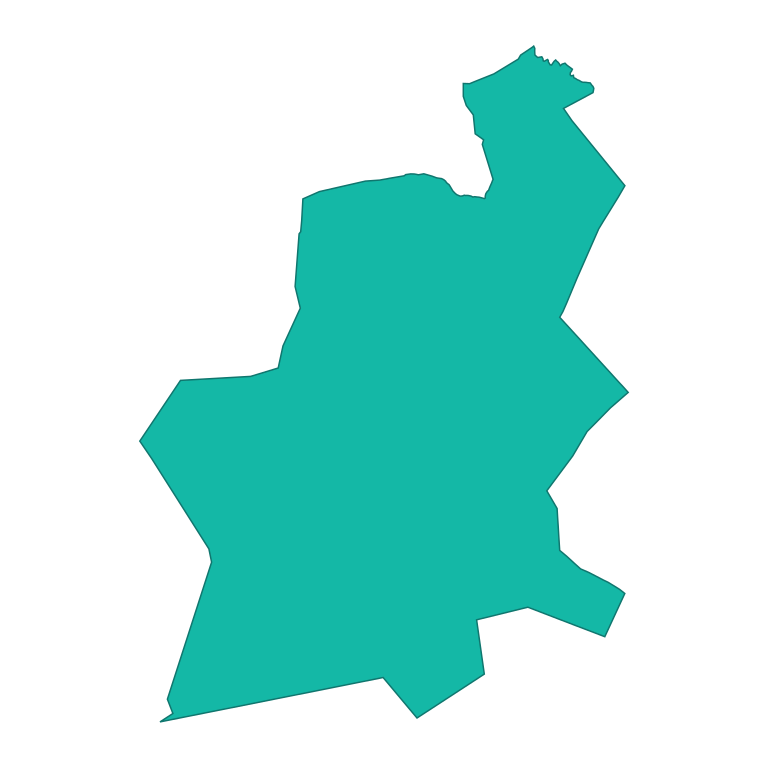 the district of La Reforma, Oaxaca, Mexico
{"feature_id": "50627088B69008234776647", "entity_name": "La Reforma", "entity_type": "district", "adm_level": 2, "iso_a3": "MEX", "parent_name": "Mexico", "parent_adm1": "Oaxaca", "projection": "mercator", "projection_center": [-97.837, 16.66], "detail": "fine", "context": "isolated", "style": "filled", "palette": "teal", "viewbox_px": 768, "rotation_deg": 0, "n_neighbors": 0, "source": "geoboundaries", "source_scale": "gbopen_adm2", "svg_char_len": 2290}
<svg xmlns="http://www.w3.org/2000/svg" viewBox="0 0 768 768"><path d="M417.0,718.0L484.3,674.1L476.6,619.8L527.8,607.2L576.0,625.7L604.8,636.7L624.8,593.5L619.5,589.3L608.3,582.4L603.3,580.0L588.9,572.5L580.6,568.9L578.7,567.2L574.8,563.7L566.3,555.9L566.0,555.7L559.7,550.4L558.8,536.6L558.2,526.3L557.7,518.8L557.1,508.5L546.8,490.8L572.7,456.0L587.1,431.5L591.9,426.7L593.7,424.9L610.4,407.9L628.2,392.4L623.8,387.5L619.8,383.2L615.8,378.8L587.0,347.2L582.0,341.7L559.7,317.3L562.9,311.6L566.8,302.7L577.0,278.2L598.7,228.9L603.3,221.3L618.2,197.2L624.9,185.7L571.9,120.6L563.5,108.4L593.0,92.6L593.5,90.2L593.8,88.3L592.9,86.3L592.1,85.6L591.2,84.3L590.2,82.9L587.4,82.6L586.4,82.4L584.9,82.3L583.0,82.3L581.4,81.8L579.3,80.5L577.1,79.6L575.6,78.5L573.9,77.8L573.6,76.7L573.4,75.3L571.2,75.9L570.1,74.7L570.4,72.6L571.5,71.2L572.4,69.2L570.7,67.9L568.6,66.4L566.9,65.1L565.0,63.2L563.5,63.7L562.1,64.1L560.3,65.7L559.2,63.7L558.0,62.2L556.5,61.0L555.7,60.0L554.3,61.1L553.4,62.3L552.5,63.6L551.6,65.0L550.1,64.8L549.1,63.1L548.3,61.8L548.3,60.5L547.6,59.5L546.5,60.0L544.4,61.2L543.3,60.9L542.9,58.7L541.8,56.8L537.7,57.5L536.2,56.2L534.9,54.9L534.7,51.0L534.8,48.4L533.7,46.1L532.1,47.4L520.6,55.1L518.3,59.1L493.9,73.9L474.4,81.7L469.6,83.7L463.3,83.5L463.3,96.4L466.3,105.5L473.3,114.9L475.2,133.8L483.6,139.8L482.3,144.4L493.1,179.4L492.7,180.1L491.7,182.8L489.7,187.3L488.6,190.3L487.4,191.3L486.7,192.3L485.8,193.8L485.4,195.3L485.2,196.8L485.3,197.9L484.4,198.6L482.6,198.1L480.8,197.6L479.2,197.2L476.1,196.9L474.8,196.7L472.8,197.0L471.1,196.1L468.4,195.5L466.8,195.4L465.7,195.5L464.2,195.2L463.6,195.5L462.2,196.0L460.1,196.1L456.8,194.7L455.1,193.3L452.8,190.9L450.8,187.5L449.9,186.0L449.0,184.6L447.3,183.4L446.1,182.1L445.7,181.3L443.8,179.7L441.6,178.6L438.1,178.1L436.5,177.8L432.2,176.2L424.9,174.1L423.8,173.8L418.4,174.8L416.6,174.4L414.3,174.0L410.7,173.9L407.1,174.4L405.7,174.6L404.2,175.8L394.2,177.5L389.4,178.3L386.5,178.9L382.3,179.6L379.8,180.1L365.4,181.1L319.4,191.6L302.9,198.9L301.7,220.6L300.7,231.7L299.1,233.8L295.1,286.5L300.3,308.2L283.0,345.9L278.2,368.0L250.6,376.4L180.5,380.4L139.8,441.1L151.7,458.6L208.9,548.9L211.6,562.2L167.4,699.2L172.9,713.5L160.0,721.9L383.1,677.5L417.0,718.0Z" fill="#14b8a6" stroke="#0f766e" stroke-width="1.5"/></svg>